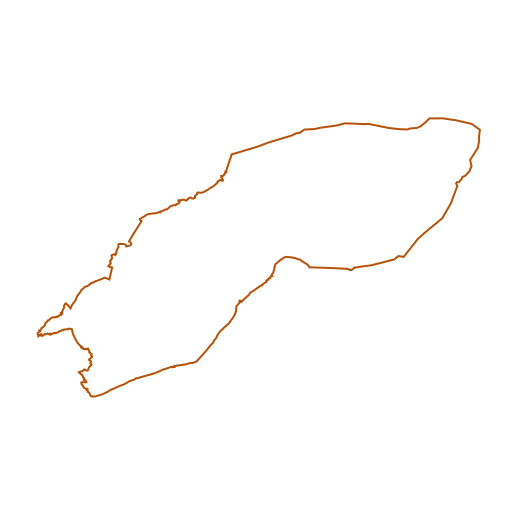 Sigdal nor, Buskerud, Norway (Albers equal-area conic projection), rotated 97°
{"feature_id": "86288312B81209358374385", "entity_name": "Sigdal nor", "entity_type": "district", "adm_level": 2, "iso_a3": "NOR", "parent_name": "Norway", "parent_adm1": "Buskerud", "projection": "albers", "projection_center": [9.585, 60.13], "detail": "fine", "context": "isolated", "style": "outline", "palette": "amber", "viewbox_px": 512, "rotation_deg": 97, "n_neighbors": 0, "source": "geoboundaries", "source_scale": "gbopen_adm2", "svg_char_len": 6113}
<svg xmlns="http://www.w3.org/2000/svg" viewBox="0 0 512 512"><g transform="rotate(97 256 256)"><path d="M103.4,49.2L98.6,58.1L96.8,75.5L96.9,77.4L96.6,87.3L98.3,100.6L103.4,104.8L107.1,108.3L109.2,111.7L110.7,118.9L111.9,120.8L112.6,128.4L112.8,139.5L111.2,159.8L111.5,162.4L112.1,165.9L112.7,175.1L113.5,184.0L116.6,191.7L120.7,207.2L122.9,213.5L124.6,223.2L125.5,224.4L128.5,227.8L128.4,227.9L129.3,231.1L132.1,235.3L141.8,257.4L147.3,267.9L158.1,292.5L175.8,296.1L175.9,295.8L176.4,295.5L176.9,296.2L177.0,296.5L176.8,296.7L178.3,296.9L178.4,297.3L178.9,297.6L180.3,298.0L180.7,300.1L181.4,299.8L181.9,300.2L182.8,299.1L184.1,298.6L184.7,298.0L185.2,298.0L185.3,298.3L185.1,298.9L185.3,299.4L184.8,299.8L184.8,300.9L186.0,302.0L186.3,302.9L186.9,303.2L187.8,303.1L191.9,306.7L194.2,309.8L196.0,311.7L199.1,316.0L199.9,318.3L200.1,320.5L199.9,320.9L200.2,321.7L200.9,322.2L201.9,322.0L203.0,323.0L203.3,323.5L204.3,324.1L205.4,323.6L205.7,324.1L206.3,324.3L206.7,325.4L206.5,326.2L206.6,326.9L206.3,327.5L206.0,327.8L206.1,328.8L206.9,329.8L207.8,330.2L208.0,330.8L209.5,331.9L209.0,334.1L209.0,335.1L209.8,337.7L210.0,339.4L210.1,339.8L210.7,339.9L211.3,338.4L211.7,338.3L213.6,339.5L213.6,340.1L214.2,340.9L214.2,341.3L215.4,341.8L215.5,342.1L215.4,343.3L216.0,344.9L216.5,345.4L216.7,346.6L220.6,350.0L220.8,351.6L222.1,353.2L223.8,356.9L224.3,356.7L224.2,357.3L224.8,358.2L226.3,362.7L226.3,363.5L227.6,368.1L228.6,369.8L230.5,371.9L233.4,375.8L234.2,375.6L234.7,374.8L235.1,374.6L235.3,373.9L249.6,380.6L257.0,383.8L257.6,382.4L258.9,381.3L260.3,381.6L261.3,383.0L262.3,385.9L260.9,386.6L260.5,387.5L260.3,388.9L260.5,391.3L260.4,392.3L260.8,393.5L261.4,394.0L264.1,393.6L265.1,394.2L268.8,395.3L268.9,395.0L269.5,394.8L272.0,395.6L272.1,395.9L271.4,396.7L271.5,397.0L271.8,397.4L272.6,399.2L273.1,399.5L275.9,398.5L276.8,399.3L277.6,399.4L277.9,399.9L278.5,399.9L279.2,400.3L280.1,399.5L281.1,399.3L281.9,399.7L281.9,400.1L282.6,400.6L283.0,400.5L284.2,401.3L284.3,401.0L284.2,400.5L284.7,399.4L284.9,397.4L297.2,398.7L295.9,403.2L300.0,410.8L300.6,412.3L301.4,413.5L302.4,414.5L302.5,416.1L303.7,416.6L304.2,417.7L305.1,418.0L307.1,420.8L307.3,421.8L308.2,422.8L308.8,423.0L310.0,424.3L311.7,425.5L313.4,426.1L317.4,428.5L322.1,429.8L327.2,432.7L330.6,433.7L328.1,436.2L326.5,438.4L326.2,439.2L329.1,440.6L329.7,440.2L330.6,440.2L334.1,441.5L335.3,441.4L336.4,442.8L336.6,442.7L336.5,442.1L336.7,441.6L337.1,441.9L337.5,441.7L338.0,441.9L338.5,443.5L338.9,443.8L339.5,444.8L340.4,445.2L340.5,446.6L340.9,446.8L340.8,447.1L341.3,447.8L341.2,448.1L341.6,448.6L341.5,450.0L341.8,451.0L344.4,453.5L345.2,453.8L345.4,454.9L347.2,455.6L348.4,457.0L350.2,457.0L351.2,457.5L351.9,458.4L352.9,458.8L353.9,460.3L354.7,460.1L355.7,460.8L356.7,460.9L356.3,461.9L356.5,462.0L356.7,461.6L358.2,462.4L359.1,463.4L360.3,463.2L361.4,462.3L362.1,462.2L361.1,461.2L360.6,461.2L359.8,459.9L360.2,459.7L360.4,460.3L360.7,460.4L361.2,459.8L360.6,459.0L361.3,458.2L361.1,457.9L359.9,457.4L359.7,456.6L359.8,456.3L359.5,455.7L359.0,455.6L358.8,455.2L358.9,454.8L358.3,453.7L358.9,452.2L358.9,451.6L358.6,451.4L359.0,450.9L358.5,450.8L358.3,451.0L358.0,450.5L357.9,450.3L358.5,449.7L358.6,449.3L357.8,448.0L357.4,447.8L357.0,447.1L356.8,446.0L357.0,445.5L356.7,445.2L356.3,443.8L355.5,442.8L354.6,442.1L354.3,441.0L353.5,439.8L353.0,438.4L352.3,437.6L352.4,437.3L351.8,434.9L351.9,434.4L351.2,433.5L350.8,432.6L351.0,432.0L350.9,430.9L351.2,429.7L355.4,428.4L361.4,424.5L363.9,422.6L367.1,418.8L367.2,418.5L367.0,418.2L367.5,417.7L368.0,417.3L368.4,417.9L369.0,417.0L368.8,416.3L369.4,415.7L369.5,414.7L369.0,413.5L369.2,413.1L368.8,412.8L368.4,411.3L370.0,410.5L370.6,409.8L371.5,409.9L372.2,409.6L372.4,408.7L372.8,408.2L373.3,407.2L374.8,407.6L375.4,406.7L376.2,406.4L376.5,407.0L377.7,407.7L378.7,408.9L379.3,409.1L380.0,408.6L380.3,407.4L380.6,407.0L381.1,406.9L382.9,407.3L383.7,406.1L384.0,406.0L386.6,408.1L389.8,408.9L390.2,409.3L390.3,410.1L390.1,410.8L389.5,412.1L389.5,412.7L391.6,414.3L392.3,416.8L393.0,417.6L394.9,415.1L395.0,414.2L396.1,413.3L397.5,412.8L397.4,412.6L398.7,411.5L400.0,411.8L400.4,410.4L400.2,410.1L401.5,409.1L401.8,409.0L401.8,409.3L402.1,409.5L402.1,410.6L402.4,411.5L402.3,412.6L402.8,414.0L404.3,413.6L405.3,412.9L405.5,412.3L407.8,410.7L408.2,409.6L408.5,409.2L408.3,407.8L408.5,407.7L408.7,407.0L410.0,407.6L410.1,406.8L410.7,406.3L411.5,406.2L411.9,404.8L414.2,403.6L415.3,402.7L415.2,401.5L415.4,400.9L415.0,398.6L412.0,391.6L408.2,385.7L407.4,385.1L406.3,383.4L405.6,382.3L405.5,381.9L401.8,375.9L399.6,371.6L397.4,368.5L395.7,366.5L393.8,362.1L392.3,360.6L391.2,357.3L390.7,356.6L389.6,353.7L389.2,353.1L388.5,351.0L387.6,349.4L387.0,347.4L384.2,341.3L383.2,339.4L382.7,339.1L382.2,337.8L380.0,334.5L379.4,332.8L376.3,326.4L376.7,325.6L376.4,325.3L376.2,323.9L375.7,324.4L375.0,323.2L374.4,320.9L374.0,320.0L374.0,319.0L373.5,317.8L373.0,315.3L372.3,314.2L372.5,313.7L372.2,312.6L370.3,308.3L369.7,305.0L369.1,304.5L368.1,302.3L356.3,294.0L350.1,290.2L347.1,287.9L345.1,287.3L342.2,285.5L340.0,285.0L336.1,283.0L333.6,281.2L332.6,280.1L331.4,279.4L326.4,274.8L318.7,270.7L316.5,269.9L313.0,269.1L308.3,269.3L304.7,266.8L302.3,266.9L302.1,266.6L302.3,265.9L303.4,265.0L300.0,262.3L295.7,258.5L293.0,257.1L290.6,254.0L284.8,247.7L284.9,247.4L284.3,246.3L283.6,246.2L281.8,244.4L280.6,242.6L280.1,242.4L279.4,242.8L278.8,242.7L278.3,241.2L277.1,241.0L276.7,240.7L276.7,239.8L276.4,239.4L275.4,239.3L274.9,238.7L274.1,238.7L273.3,238.0L273.5,237.5L272.2,238.0L270.8,236.9L261.8,235.8L256.5,230.7L256.1,230.0L254.9,229.0L253.3,226.6L253.1,225.0L253.1,218.8L253.3,216.7L254.2,213.4L254.2,211.7L255.5,209.9L258.0,204.3L259.6,202.3L260.7,201.5L258.7,179.2L257.6,164.0L257.9,163.5L257.9,161.8L258.5,161.2L258.2,160.7L258.3,160.5L258.3,159.8L257.4,158.4L255.4,157.0L255.6,156.5L253.9,151.0L251.2,140.5L242.6,118.4L238.7,114.6L238.9,109.3L219.4,97.5L211.1,90.2L195.8,75.7L180.0,69.0L162.0,64.7L159.6,66.2L158.2,65.5L158.0,63.6L153.7,61.0L152.4,60.8L150.9,58.1L145.8,54.5L140.5,53.0L134.6,55.2L121.7,49.0L114.5,48.6L110.1,49.2L103.4,49.2Z" fill="none" stroke="#b45309" stroke-width="2"/></g></svg>